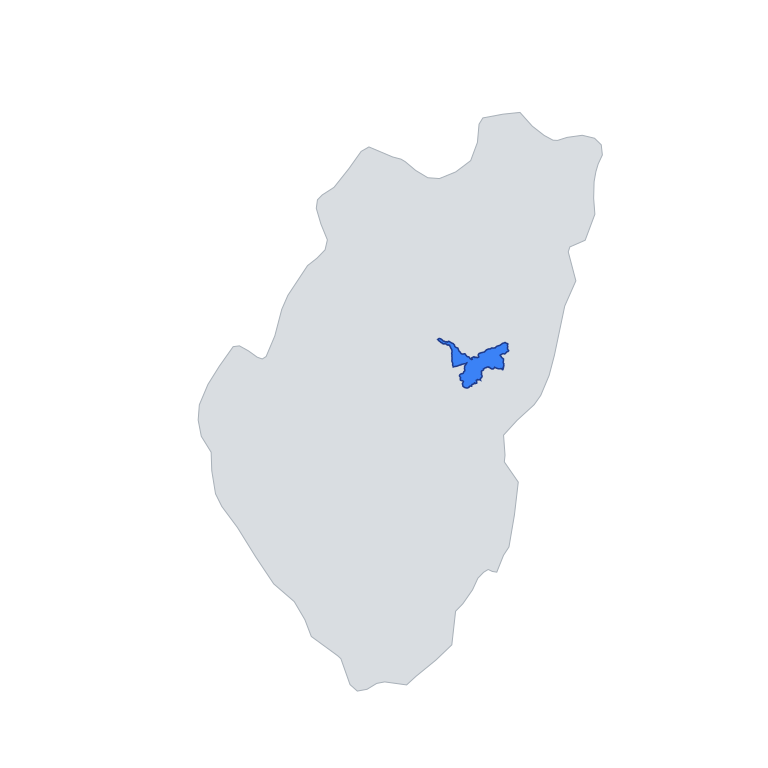 Trong, Tongsa, Bhutan (highlighted), rotated 288°
{"feature_id": "84629894B683869752306", "entity_name": "Trong", "entity_type": "district", "adm_level": 2, "iso_a3": "BTN", "parent_name": "Bhutan", "parent_adm1": "Tongsa", "projection": "robinson", "projection_center": [90.682, 27.159], "detail": "fine", "context": "in_parent", "style": "filled", "palette": "blue", "viewbox_px": 768, "rotation_deg": 288, "n_neighbors": 0, "source": "geoboundaries", "source_scale": "gbopen_adm2", "svg_char_len": 7177}
<svg xmlns="http://www.w3.org/2000/svg" viewBox="0 0 768 768"><g transform="rotate(288 384 384)"><path d="M603.1,330.7L602.0,335.5L596.9,348.1L593.7,361.9L596.5,373.2L607.9,386.7L623.2,397.4L642.6,398.2L660.5,394.1L667.6,395.8L677.4,413.8L684.3,429.4L675.0,445.4L669.9,459.5L668.1,469.4L669.3,473.8L675.1,481.9L681.8,495.7L682.8,508.3L678.6,516.7L669.3,520.9L659.5,519.7L651.4,519.9L641.3,521.3L625.4,526.0L610.6,532.1L582.9,530.9L571.8,518.4L566.6,518.4L541.4,534.6L514.0,531.8L463.9,537.2L443.1,538.4L421.6,536.6L410.7,533.2L390.6,521.8L372.3,513.5L353.7,521.1L347.1,522.5L332.2,542.0L299.8,548.5L267.6,553.2L258.1,550.6L239.9,549.4L239.2,544.9L239.8,540.4L235.7,536.9L228.3,533.3L215.6,531.8L199.4,526.9L190.0,522.3L156.9,529.1L137.7,518.8L115.8,504.7L104.8,498.5L100.9,476.7L97.0,469.6L88.4,462.2L83.7,453.5L87.6,444.6L109.4,427.9L111.2,424.0L121.4,392.9L135.4,381.6L149.3,365.9L159.8,340.9L180.0,315.3L202.2,289.0L217.4,267.6L227.5,257.7L248.3,247.0L265.7,240.7L277.8,226.4L292.3,218.4L307.2,214.8L329.3,216.7L350.1,221.9L372.9,229.0L375.6,234.7L373.6,244.9L370.3,255.2L370.2,260.5L373.7,263.4L396.0,265.3L423.4,263.7L438.7,265.2L473.0,274.7L483.0,281.4L493.4,286.5L503.6,285.6L516.6,274.6L530.2,265.3L538.6,263.8L544.7,266.8L555.6,275.7L578.1,284.1L598.2,290.4L604.8,296.4L602.6,322.1L603.1,330.7Z" fill="#d9dde1" stroke="#a8b0b8" stroke-width="1"/><path d="M460.9,486.5L460.8,486.4L460.8,486.1L460.3,485.7L459.2,484.0L458.7,483.8L457.7,483.1L457.4,482.8L456.9,482.5L456.5,482.2L456.1,481.5L454.8,479.7L454.4,479.4L454.0,479.1L452.8,478.7L452.7,478.4L452.6,478.1L452.1,477.3L451.8,476.5L451.7,475.6L451.6,475.3L451.1,474.8L450.6,474.6L450.4,474.4L450.2,474.1L449.5,472.3L448.9,471.8L448.3,471.0L447.9,470.7L447.7,470.7L446.9,470.2L446.2,470.0L446.0,469.8L445.5,469.6L445.2,469.2L445.0,468.7L444.7,468.2L444.2,467.6L444.1,467.2L443.8,466.8L443.7,466.5L443.4,466.4L442.9,465.8L442.8,465.4L442.7,465.2L442.1,464.9L441.7,464.7L440.7,464.6L440.0,465.0L439.3,465.7L439.1,465.8L438.7,465.7L438.2,464.8L437.8,464.5L437.8,464.3L437.8,464.0L438.0,463.4L437.9,462.9L437.6,462.7L437.3,462.5L437.2,462.1L437.8,461.2L437.7,461.0L437.2,460.7L436.8,460.1L435.8,459.2L435.5,459.2L435.4,459.3L435.3,459.5L435.2,460.0L434.8,460.3L434.6,460.1L434.3,459.7L434.4,459.4L434.6,458.5L434.9,457.7L435.6,457.1L435.7,456.9L436.0,456.3L435.9,455.6L435.7,454.9L435.8,454.6L436.1,454.0L436.4,453.7L436.9,452.7L437.1,452.4L437.5,452.2L437.7,451.7L437.6,451.0L437.1,450.3L436.9,449.9L436.7,449.0L436.7,448.2L437.2,447.3L437.7,446.8L438.1,446.2L438.4,445.3L439.0,444.8L439.5,444.3L440.4,443.6L440.5,443.5L440.8,443.3L441.0,443.1L441.0,442.0L441.1,441.1L441.1,440.8L441.3,440.4L441.5,439.8L441.8,439.5L442.7,439.1L442.9,439.0L443.1,438.4L443.8,437.4L443.8,437.2L443.9,436.7L443.9,435.7L444.2,434.6L444.2,434.2L444.3,433.9L444.5,433.5L444.6,433.1L444.6,432.2L444.4,431.9L443.5,431.6L443.5,430.7L443.5,430.3L443.3,430.2L443.2,430.0L443.1,429.6L443.1,429.3L443.4,428.4L443.3,428.0L443.1,427.3L443.2,427.0L443.6,426.3L443.8,426.1L444.0,425.3L444.3,424.9L444.2,424.7L444.5,423.6L444.5,423.3L444.4,422.6L444.3,422.3L444.1,422.1L443.3,421.6L443.1,421.4L443.0,421.7L442.7,421.9L442.5,422.1L442.2,422.3L442.1,422.7L442.1,422.8L441.6,424.2L441.5,424.6L441.2,424.9L441.1,425.2L441.1,425.4L441.0,425.6L441.1,426.1L440.9,426.4L440.9,426.8L440.5,427.1L440.6,427.7L440.5,428.3L440.7,428.5L440.7,428.9L440.8,429.0L441.1,429.2L441.2,429.4L441.1,429.9L441.2,430.3L441.1,431.3L440.8,431.6L440.8,431.9L440.6,432.2L440.7,432.5L440.8,432.8L441.1,432.9L441.1,433.0L440.9,433.5L441.1,433.9L441.0,434.1L441.1,434.5L440.6,434.8L440.1,435.2L439.8,435.7L439.1,436.1L438.6,436.7L438.5,436.9L438.4,437.1L437.7,437.6L437.5,437.9L437.3,438.1L436.8,438.2L436.4,438.5L435.4,438.8L435.0,438.9L434.8,438.9L434.4,438.8L433.9,439.0L433.5,439.1L433.0,439.6L431.2,440.0L430.1,440.6L429.7,440.7L429.4,440.7L429.0,441.0L428.7,441.1L428.2,441.2L427.9,441.1L427.1,441.4L426.7,441.5L424.9,443.0L424.2,443.2L423.3,443.3L422.0,444.4L421.6,444.6L421.8,444.8L422.1,445.1L422.6,446.3L422.9,446.7L423.1,446.9L423.2,447.5L423.7,448.1L424.0,448.6L424.3,448.8L424.5,449.1L425.4,450.2L425.9,451.3L426.1,451.4L426.5,451.4L426.7,451.8L426.9,452.3L427.2,452.7L427.5,453.3L427.9,453.7L428.1,454.0L428.2,455.0L428.4,455.6L428.6,455.7L429.0,455.7L429.3,455.8L429.5,455.9L429.7,456.2L429.4,456.2L428.1,455.9L426.9,455.6L425.9,455.1L425.5,455.3L424.6,455.6L423.5,455.7L423.0,456.0L422.6,456.4L421.5,456.8L420.4,456.1L419.5,456.1L418.7,456.0L418.4,455.8L418.2,455.5L418.1,455.4L418.1,455.1L418.0,454.9L417.6,454.5L417.4,454.1L417.1,453.8L416.0,453.2L415.1,453.2L414.9,453.3L414.6,453.7L413.9,454.7L413.7,454.9L413.5,455.0L413.1,454.8L412.8,454.8L412.3,455.1L411.7,455.2L411.2,455.6L411.2,456.9L411.4,457.7L411.3,458.1L411.0,458.7L410.9,458.8L410.4,458.7L409.2,458.6L408.6,458.4L408.2,458.5L407.9,458.9L407.6,459.1L406.3,459.7L405.6,461.6L405.6,462.7L405.7,463.1L405.7,463.7L406.1,464.8L406.5,465.2L407.1,465.9L407.8,465.8L408.5,466.4L408.7,466.6L408.9,467.2L409.0,468.0L409.8,467.8L410.2,467.7L410.9,467.9L411.0,468.0L411.0,468.4L411.4,468.8L411.7,469.2L411.9,469.3L412.6,469.5L413.0,469.7L413.1,469.8L412.8,470.1L412.5,470.5L412.8,470.9L413.1,471.1L413.3,471.7L413.4,471.9L413.7,471.9L414.0,471.8L414.5,471.6L414.8,471.4L415.3,471.2L415.9,470.6L416.0,470.6L416.2,471.1L416.4,471.3L416.8,471.3L417.1,471.4L417.1,472.4L417.4,473.3L417.6,473.4L417.7,473.8L417.5,474.6L418.1,474.2L418.5,474.1L418.9,474.2L419.3,474.1L419.8,474.4L420.1,474.8L420.9,474.9L421.3,475.0L421.9,474.8L422.3,474.6L422.5,474.4L422.8,474.2L423.2,473.6L424.2,473.6L424.6,473.4L424.8,473.2L425.6,473.1L426.0,472.7L426.4,472.7L426.7,472.9L426.9,473.1L427.3,473.6L427.5,473.9L427.9,474.0L428.3,474.3L428.9,474.2L429.1,474.0L429.5,474.4L430.0,474.7L430.3,475.0L430.5,475.2L430.8,475.3L430.9,475.6L431.0,475.9L431.2,476.3L431.7,476.5L431.8,476.9L432.2,477.2L432.4,477.6L432.5,477.7L432.5,477.9L432.4,478.2L432.2,478.4L432.2,478.6L432.4,478.8L432.5,479.2L432.3,479.5L432.2,479.7L431.9,480.1L431.8,480.3L431.9,480.6L431.9,480.9L431.7,481.3L431.6,481.8L431.9,482.4L431.9,483.0L432.7,483.6L433.4,483.9L434.1,484.0L433.8,486.0L433.8,486.3L433.8,487.0L433.8,487.9L434.0,488.7L434.4,489.9L434.6,490.2L434.8,490.3L434.9,491.1L434.7,491.4L434.2,492.1L434.5,492.4L434.5,492.6L435.5,492.7L435.7,492.4L435.8,492.3L436.2,492.2L437.0,492.3L437.1,492.5L438.0,492.2L438.2,492.4L438.3,492.4L438.6,492.3L439.5,491.9L440.0,491.7L440.4,491.7L440.5,491.5L440.6,491.3L440.8,491.0L441.3,490.7L442.0,490.5L442.7,490.5L443.8,490.2L444.4,490.0L444.7,490.0L444.8,489.9L444.8,489.6L445.2,488.9L445.3,488.4L445.7,487.5L446.3,487.0L446.5,486.6L446.6,486.4L446.8,486.0L447.2,485.5L447.3,485.5L447.5,485.7L447.8,485.9L448.0,486.0L448.5,486.7L449.1,487.1L449.5,487.4L449.6,487.9L449.9,488.7L449.8,489.3L450.4,490.0L450.8,490.1L451.4,490.4L451.6,490.5L452.2,490.7L452.6,490.9L452.8,491.3L453.1,491.8L453.4,491.9L453.6,492.1L454.1,492.3L454.4,492.2L454.6,491.8L454.8,491.5L454.9,491.3L455.4,490.6L456.3,490.5L456.5,490.4L456.6,490.2L457.3,490.2L458.0,490.1L458.9,489.4L459.3,489.3L459.6,489.3L459.9,489.5L460.1,489.4L460.4,489.4L460.6,488.9L460.6,488.2L460.5,487.7L460.9,486.5Z" fill="#3b82f6" stroke="#1e3a8a" stroke-width="1.5"/></g></svg>